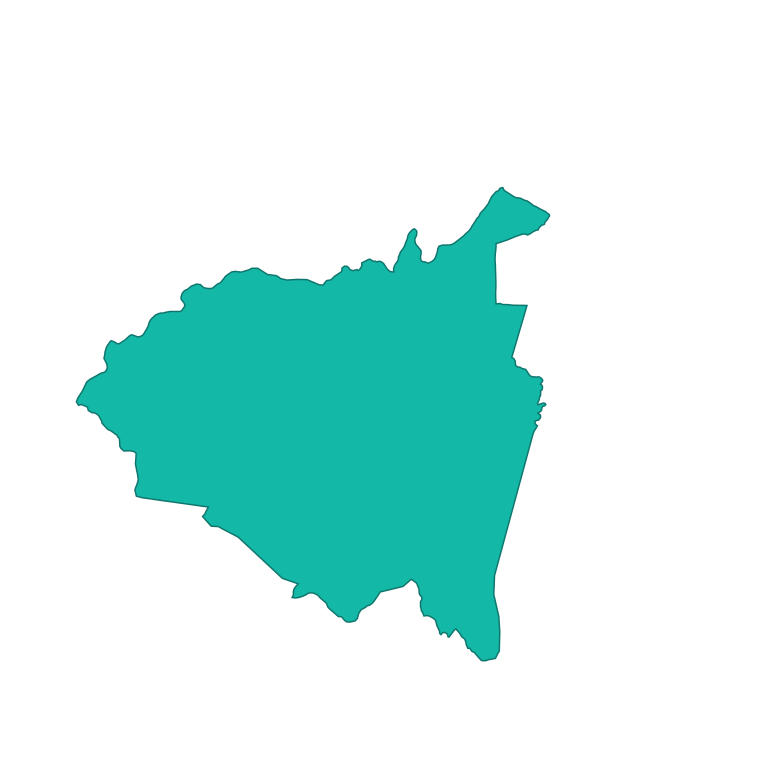 Santiago Amoltepec, Oaxaca, Mexico (Equal Earth projection), rotated 35°
{"feature_id": "50627088B22821313944605", "entity_name": "Santiago Amoltepec", "entity_type": "district", "adm_level": 2, "iso_a3": "MEX", "parent_name": "Mexico", "parent_adm1": "Oaxaca", "projection": "equal_earth", "projection_center": [-97.519, 16.649], "detail": "fine", "context": "isolated", "style": "filled", "palette": "teal", "viewbox_px": 768, "rotation_deg": 35, "n_neighbors": 0, "source": "geoboundaries", "source_scale": "gbopen_adm2", "svg_char_len": 6170}
<svg xmlns="http://www.w3.org/2000/svg" viewBox="0 0 768 768"><g transform="rotate(35 384 384)"><path d="M250.6,616.1L270.4,606.1L310.7,585.5L311.2,589.8L311.8,593.4L311.4,596.6L323.9,599.6L330.3,595.7L334.4,595.4L352.1,593.1L357.1,593.7L412.2,601.5L428.3,596.9L427.9,600.0L427.8,603.2L428.8,606.0L430.7,608.6L431.2,611.6L434.4,609.9L436.9,607.5L439.3,604.2L440.8,601.7L442.3,598.3L444.4,596.7L446.5,595.6L450.2,595.0L452.0,595.1L454.7,595.9L458.8,596.2L462.4,596.6L466.4,599.1L469.9,599.6L473.8,600.0L478.0,600.4L479.8,600.7L482.8,599.0L487.5,600.3L490.0,600.2L492.6,598.6L494.5,596.6L496.3,594.5L496.7,591.3L495.0,586.9L494.8,584.5L494.8,581.9L496.9,577.6L497.6,575.0L498.9,573.8L499.9,571.3L500.4,568.5L500.4,564.5L500.4,561.3L500.2,556.5L515.7,538.9L518.3,528.3L523.9,528.3L526.0,529.0L527.5,530.1L530.2,531.8L532.7,535.0L534.2,536.2L537.0,536.8L538.7,538.8L538.7,541.2L539.9,543.0L541.8,545.7L543.5,546.9L544.7,548.3L547.0,549.2L549.8,551.1L551.7,549.3L553.8,548.2L557.0,547.8L559.9,547.6L562.0,548.2L563.4,549.3L564.8,550.6L566.7,552.0L571.5,554.8L572.7,556.4L574.5,556.6L574.6,554.4L576.0,552.8L578.2,552.3L580.3,553.2L581.4,554.4L582.5,554.0L582.7,545.7L583.3,543.4L589.1,544.8L591.2,545.9L592.9,546.5L596.4,546.6L599.1,548.5L601.0,550.4L604.3,552.4L605.9,551.3L609.4,552.6L612.2,552.1L617.4,553.5L619.9,554.1L622.3,554.6L624.0,553.8L626.2,552.1L628.1,549.5L629.9,547.7L632.1,545.4L632.7,544.9L631.9,540.3L631.6,536.6L620.9,520.5L611.4,508.6L594.7,493.5L584.4,477.5L534.5,338.8L534.0,335.9L533.9,332.9L533.5,330.1L532.2,330.2L531.0,329.9L530.0,329.1L529.2,328.4L529.5,327.2L530.2,326.0L531.2,325.1L531.5,324.3L531.5,322.9L531.4,321.6L530.6,320.4L529.7,319.7L528.4,319.5L527.7,319.9L527.0,319.8L526.9,318.9L527.7,317.4L528.2,315.6L527.0,312.8L526.8,311.8L527.2,310.9L528.2,309.7L528.3,308.0L527.1,307.5L525.3,308.3L523.6,310.5L522.5,312.2L521.7,312.6L520.9,311.7L520.6,310.1L520.3,309.2L520.3,308.0L519.5,306.7L519.0,305.5L518.9,303.8L517.3,301.2L516.5,300.1L516.2,299.7L516.8,298.4L516.4,297.0L515.5,295.4L514.2,294.5L513.0,294.3L512.3,294.5L512.1,293.5L512.3,292.0L512.0,290.0L510.8,289.3L509.4,289.1L508.1,289.0L506.9,289.3L505.9,289.9L504.8,291.1L503.7,291.5L502.7,292.2L501.9,292.9L501.0,293.0L499.9,293.4L498.7,293.4L497.8,293.2L495.8,292.4L491.8,290.8L490.1,291.3L488.5,292.1L486.0,292.2L483.7,293.3L481.4,293.5L479.6,291.5L478.4,290.0L476.0,288.8L473.4,288.9L456.1,237.7L455.2,238.2L445.1,245.1L442.8,246.4L441.2,247.3L439.7,248.1L436.1,250.5L434.5,251.2L433.1,251.3L431.4,252.8L429.8,254.1L426.1,249.4L423.0,245.1L419.9,240.2L416.7,235.7L407.1,222.8L403.6,218.4L400.7,213.9L398.8,210.3L396.9,207.1L395.3,204.8L402.3,195.4L407.2,187.7L411.4,181.9L413.6,180.2L416.1,179.6L417.3,177.5L417.9,176.1L418.7,174.0L419.7,172.1L420.5,170.7L421.9,169.3L421.4,167.1L422.0,163.7L422.7,162.7L423.8,161.0L423.1,159.5L423.2,157.8L423.5,155.7L423.2,153.4L423.2,151.4L422.4,150.5L421.4,150.4L419.7,150.4L417.5,150.1L413.8,150.7L412.1,151.0L409.7,151.2L406.8,151.5L403.9,152.2L401.7,151.9L396.5,151.9L394.2,152.7L392.5,153.1L389.1,153.6L386.3,155.1L384.4,155.9L379.8,156.2L371.5,156.5L368.6,155.0L366.7,157.2L366.9,160.0L365.5,162.2L364.8,167.8L364.8,169.3L365.4,172.9L365.5,174.0L366.0,176.6L365.8,182.7L365.6,184.3L365.5,185.5L365.2,186.7L364.9,189.1L365.3,190.3L365.5,191.5L365.5,193.5L365.1,195.4L365.4,197.6L365.4,199.6L365.5,201.2L365.6,205.0L365.9,206.4L365.8,208.4L365.7,210.0L364.6,214.6L364.3,217.0L362.0,224.5L360.7,228.6L359.1,231.3L357.6,232.8L352.1,236.8L350.0,239.5L350.4,242.0L352.3,246.2L353.7,251.5L353.6,251.9L353.9,252.5L353.2,255.6L352.4,257.1L351.7,258.5L351.2,259.3L350.5,259.8L349.3,260.1L348.2,260.3L347.1,260.7L346.4,261.3L345.6,261.5L344.6,261.8L343.3,261.3L342.3,260.6L341.7,259.8L340.9,258.7L340.2,257.4L339.9,256.4L339.1,255.1L338.1,253.8L337.1,253.2L336.0,252.9L334.6,252.6L333.3,252.1L331.6,251.7L330.1,251.3L328.9,250.5L327.9,249.6L326.7,248.6L326.1,247.3L325.7,246.2L325.7,244.8L325.3,243.4L324.6,242.2L324.0,241.0L322.8,239.9L321.7,239.6L320.7,239.5L319.8,239.5L318.9,241.0L318.6,242.9L318.4,243.6L318.2,245.2L318.2,246.4L318.4,248.2L318.9,249.7L319.6,251.1L320.1,252.7L320.5,255.1L321.1,257.2L321.7,259.3L321.8,260.7L321.9,262.1L321.9,264.5L321.7,266.0L322.2,268.1L322.7,270.0L323.0,271.9L324.2,273.4L324.4,274.8L324.7,276.8L324.5,278.2L324.6,279.7L324.9,281.3L325.4,283.3L326.0,284.5L326.6,285.2L327.6,286.1L327.6,286.8L324.4,288.4L320.7,288.0L314.5,285.5L311.3,285.5L309.5,286.3L308.0,288.2L306.5,288.3L305.1,289.5L303.1,289.7L300.7,289.9L299.6,291.3L298.7,293.2L296.3,297.5L298.2,300.2L298.4,304.5L297.4,306.1L296.3,305.7L293.7,308.9L290.4,309.9L288.8,309.0L286.2,308.8L284.1,310.1L283.1,313.0L284.5,315.4L284.7,316.6L281.8,323.9L280.8,329.2L278.0,331.8L277.5,333.0L277.4,337.8L274.4,339.8L261.0,342.7L252.8,348.2L244.9,354.5L238.7,357.0L236.3,356.8L233.7,357.0L225.8,361.1L214.2,361.6L209.4,365.0L207.7,368.2L202.8,374.3L197.4,377.2L195.0,379.5L193.1,384.4L192.3,387.0L192.4,388.5L191.9,395.1L190.3,397.5L188.4,404.2L185.2,406.7L181.1,408.5L176.5,407.9L173.1,409.7L169.9,414.6L168.8,418.9L167.2,421.7L167.2,421.8L166.8,423.1L166.8,425.8L168.0,429.5L169.7,431.2L173.3,432.1L175.7,433.7L176.2,435.6L176.2,439.9L175.4,441.5L167.3,447.2L163.3,451.3L162.3,452.7L160.6,453.8L159.0,455.6L157.3,458.5L156.0,464.4L156.2,467.7L157.6,471.8L158.0,474.7L158.5,481.7L157.5,484.3L155.7,486.5L149.5,488.2L148.2,489.5L146.4,497.0L144.0,502.8L142.9,503.8L137.3,504.5L136.0,505.2L135.7,505.1L135.3,506.0L135.4,506.7L135.3,510.6L135.7,513.6L137.0,517.5L138.5,520.2L139.9,523.6L142.7,525.1L145.1,526.4L147.9,529.1L148.7,531.7L148.4,534.5L145.7,537.9L143.4,542.9L140.5,548.7L139.3,552.8L139.9,556.3L141.0,563.0L141.2,570.8L142.2,575.0L146.0,576.6L148.0,574.3L150.0,574.0L151.9,573.4L154.5,573.1L157.0,575.3L161.4,575.0L163.4,573.6L166.5,573.4L168.7,573.7L171.0,574.9L173.7,576.1L175.7,577.9L180.1,578.9L183.8,579.6L186.7,579.1L188.9,579.0L192.1,579.1L194.5,579.0L196.7,580.2L198.4,580.3L200.9,583.4L203.3,586.5L205.4,587.6L209.3,588.1L214.5,584.2L218.5,582.6L220.8,583.0L223.7,587.7L226.2,592.0L229.5,595.2L233.8,599.2L237.7,603.5L239.4,608.4L239.9,611.1L240.8,613.7L245.5,617.9L250.6,616.1Z" fill="#14b8a6" stroke="#0f766e" stroke-width="1.5"/></g></svg>